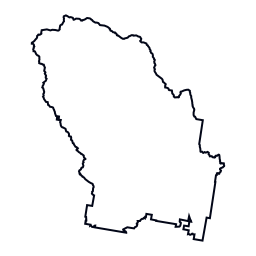 Dungog, New South Wales, Australia
{"feature_id": "25037944B39236446518145", "entity_name": "Dungog", "entity_type": "district", "adm_level": 2, "iso_a3": "AUS", "parent_name": "Australia", "parent_adm1": "New South Wales", "projection": "albers", "projection_center": [151.601, -32.347], "detail": "fine", "context": "isolated", "style": "outline", "palette": "ink", "viewbox_px": 256, "rotation_deg": 0, "n_neighbors": 0, "source": "geoboundaries", "source_scale": "gbopen_adm2", "svg_char_len": 5652}
<svg xmlns="http://www.w3.org/2000/svg" viewBox="0 0 256 256"><path d="M33.6,51.2L34.7,51.3L35.0,51.5L36.1,54.0L37.3,55.3L38.6,55.8L39.4,56.9L39.3,58.4L39.5,59.2L39.0,61.2L39.2,61.5L39.2,63.2L41.1,63.9L41.6,63.8L42.6,64.3L42.7,64.6L43.8,64.7L44.4,66.7L44.9,67.4L44.2,70.9L45.4,72.3L45.4,72.7L44.8,73.5L45.2,74.4L46.0,75.4L46.1,76.0L45.8,76.5L45.7,77.7L46.0,78.2L46.6,78.7L45.8,80.8L43.3,82.7L43.9,83.6L43.1,85.4L42.6,86.1L42.6,86.9L42.3,87.5L43.2,88.2L44.2,91.9L43.9,93.2L43.6,93.4L43.3,94.1L43.7,95.7L43.0,96.7L43.7,97.7L43.9,98.8L46.0,101.9L47.7,102.1L48.1,104.9L48.9,105.2L49.9,106.7L52.0,107.1L53.1,107.6L53.6,109.1L54.1,109.9L54.2,110.5L54.8,111.7L55.0,113.2L56.0,116.0L59.0,116.5L58.8,118.2L57.0,117.9L56.8,119.6L60.1,120.2L60.2,119.9L60.8,120.0L60.1,122.2L60.5,123.1L60.8,125.3L61.4,126.6L62.4,127.4L62.9,127.4L65.5,128.8L65.8,129.8L65.9,130.7L66.3,131.5L67.7,132.0L68.8,133.4L69.0,134.0L69.0,135.1L69.1,135.5L68.9,135.9L69.3,136.3L70.9,136.6L71.2,137.7L71.0,139.6L71.4,139.7L71.6,140.3L72.2,140.7L72.8,143.1L73.7,143.4L73.8,144.2L75.5,146.8L76.5,147.1L77.9,148.3L77.4,149.0L76.8,149.2L76.5,149.7L76.6,150.3L77.6,150.8L78.7,152.0L80.5,153.1L80.9,153.8L81.7,154.0L83.7,155.5L83.6,155.8L84.0,157.5L85.4,158.8L85.4,159.1L84.0,159.7L83.2,161.3L83.6,162.4L82.8,163.3L82.8,163.8L83.4,165.7L82.9,167.2L82.6,167.5L81.6,167.7L81.2,168.3L80.9,169.4L79.4,170.4L79.0,171.3L79.6,172.9L79.9,173.3L79.5,173.4L79.6,173.9L79.9,174.5L81.2,175.1L81.5,175.7L82.5,176.3L82.5,176.7L84.0,177.5L85.3,179.2L88.8,181.9L90.9,183.1L92.3,183.7L92.8,184.2L92.9,185.0L93.6,186.2L93.6,187.4L93.1,188.1L92.9,191.1L92.1,191.8L92.2,192.9L91.9,193.6L92.6,194.5L93.4,194.9L93.7,195.4L94.1,195.5L92.2,205.9L87.1,205.1L85.3,216.7L86.1,216.9L86.3,219.8L86.1,219.7L85.9,221.3L85.6,221.2L85.2,223.8L90.5,224.7L90.3,225.6L90.8,225.3L91.9,226.8L93.1,227.1L94.5,225.7L95.2,225.6L94.9,227.4L126.2,232.7L126.2,232.3L125.8,231.6L123.3,230.0L123.1,229.7L123.2,229.4L127.3,227.3L134.1,228.4L134.9,227.2L136.2,226.6L136.9,225.9L137.3,224.5L136.7,223.8L136.8,223.4L137.7,222.7L137.9,222.0L137.7,221.0L140.0,221.0L140.7,219.8L142.0,218.9L142.9,218.9L143.9,217.8L144.2,217.8L144.9,218.3L145.1,216.9L145.9,217.1L146.4,213.9L151.8,214.8L151.0,219.4L156.2,220.4L156.1,220.9L176.1,224.2L175.6,226.8L175.8,226.8L179.4,226.6L179.7,226.4L180.3,225.6L180.9,222.9L180.6,222.4L179.9,222.0L179.7,221.6L179.9,219.4L188.1,221.1L189.1,216.2L190.2,219.4L190.9,220.6L191.2,221.7L189.4,221.4L188.6,226.3L184.1,225.6L183.4,229.3L188.7,230.3L188.0,234.2L188.9,234.0L190.0,234.8L190.7,234.7L192.1,233.7L192.7,233.7L193.2,234.5L194.5,234.4L193.7,239.1L202.5,240.6L206.6,217.6L209.9,218.2L215.4,182.0L215.0,181.9L216.0,175.2L216.9,174.9L216.9,173.3L217.5,173.1L218.4,173.2L219.0,173.9L219.3,173.7L219.7,172.5L220.6,171.8L221.0,170.6L220.0,169.4L220.0,168.8L220.5,168.3L222.9,167.3L223.1,166.9L224.1,166.2L224.2,165.6L223.8,164.4L223.9,163.7L223.8,163.3L222.5,163.2L222.0,163.5L221.5,163.1L220.5,163.5L220.2,163.2L220.2,161.7L219.9,161.1L220.1,160.3L219.7,159.1L219.5,156.4L219.3,155.1L219.1,154.8L218.5,154.7L218.2,155.1L217.4,155.3L216.9,155.9L215.9,155.7L215.6,155.9L215.0,156.6L215.1,157.3L214.2,157.6L213.5,157.2L212.9,157.3L212.2,156.9L211.8,156.2L209.8,156.3L209.6,155.3L208.6,154.3L208.8,152.8L207.6,151.9L205.8,152.6L204.6,152.1L203.4,152.9L203.0,152.8L202.1,151.7L200.7,151.8L200.5,151.6L200.3,148.6L199.8,146.8L199.8,145.0L199.2,144.1L202.8,120.2L196.3,119.1L195.1,116.7L194.4,116.6L193.8,115.6L193.6,114.9L193.6,112.5L194.3,109.8L194.1,109.4L194.1,108.7L193.2,107.5L192.5,105.8L192.7,105.2L192.3,103.9L192.3,102.8L191.9,100.2L191.2,97.6L191.2,96.1L190.6,95.2L190.2,93.8L190.2,92.6L189.8,91.9L189.9,90.9L189.7,90.7L188.3,89.7L186.6,89.8L184.1,90.4L181.5,91.6L180.7,91.7L180.4,92.3L180.8,93.5L180.0,94.9L179.1,95.9L178.9,97.2L178.5,97.4L177.4,97.1L176.9,97.4L176.2,97.2L175.0,97.5L173.8,96.6L173.9,95.9L173.6,94.8L172.3,93.5L171.9,90.5L169.1,90.1L168.8,89.8L168.5,88.7L168.0,88.2L166.4,87.6L165.2,87.5L165.1,87.1L165.2,85.5L165.7,84.5L165.7,84.1L164.9,83.5L164.2,82.7L163.0,81.9L162.5,79.6L161.8,78.7L156.6,74.8L155.8,73.2L154.6,71.4L154.5,69.9L154.9,69.2L154.1,67.7L154.9,65.8L155.4,65.4L155.4,64.9L154.8,63.4L154.5,63.2L154.2,61.6L154.7,60.5L154.7,59.7L154.1,59.3L154.1,58.7L153.8,58.1L152.8,56.8L152.9,55.4L152.6,54.2L152.3,53.6L151.0,52.8L150.8,51.9L150.3,51.3L150.6,50.4L149.6,49.0L149.6,48.2L149.0,47.2L148.0,46.1L147.8,45.4L146.8,44.9L146.4,43.5L143.6,42.4L141.6,42.4L140.3,41.3L140.2,40.9L140.8,40.4L141.1,39.7L141.2,38.6L140.6,37.9L140.3,37.2L139.8,36.8L138.2,36.5L137.5,36.0L136.2,35.4L134.2,35.6L133.7,35.4L133.3,35.6L132.8,35.2L131.5,35.2L129.8,36.1L129.1,36.2L127.6,37.7L124.5,38.5L124.0,38.9L123.3,38.7L122.9,38.8L121.4,38.0L118.5,35.8L117.9,35.7L117.6,35.2L116.9,35.2L116.4,33.7L115.9,33.3L115.2,33.2L115.0,32.5L113.0,32.2L112.1,31.2L110.7,30.7L110.7,30.4L109.8,29.6L110.0,29.0L109.9,28.7L107.6,26.9L104.5,25.6L100.0,25.1L98.4,23.1L96.8,22.6L95.3,22.6L93.3,21.4L92.7,20.9L92.1,20.0L91.1,19.5L90.7,18.9L89.8,18.4L87.1,18.0L84.6,19.6L83.2,20.0L82.4,20.5L82.1,20.2L81.2,20.6L80.0,19.2L79.2,18.8L76.1,18.6L74.3,19.6L73.6,19.7L72.8,17.8L70.7,17.1L69.4,17.4L67.0,15.9L66.2,15.7L65.9,15.4L63.8,16.3L63.6,17.4L64.0,18.4L63.8,19.8L64.0,21.3L63.2,22.3L62.1,24.5L61.4,24.6L60.2,25.5L59.6,28.7L59.7,29.4L58.6,30.5L57.9,30.6L55.3,30.0L52.3,29.8L50.4,30.4L46.9,29.4L41.7,30.2L41.3,32.2L41.2,33.0L41.4,33.4L41.3,33.8L39.7,34.8L38.8,34.5L38.2,34.7L38.1,35.2L37.1,36.0L37.1,37.3L36.6,38.4L35.7,39.2L34.4,40.9L33.1,42.0L32.0,42.6L31.8,42.9L31.8,43.7L32.9,43.7L33.8,44.6L34.0,45.3L33.8,46.0L34.3,46.5L33.7,47.6L33.8,48.0L33.5,48.3L33.2,49.6L33.7,50.7L33.6,51.2Z" fill="none" stroke="#020617" stroke-width="2"/></svg>